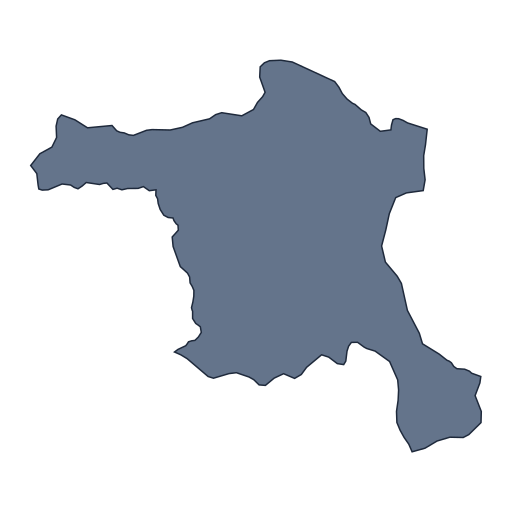 Ankara, Albers equal-area conic projection
{"feature_id": "TUR-3008", "entity_name": "Ankara", "entity_type": "Province", "adm_level": 1, "iso_a3": "TUR", "parent_name": "Turkey", "parent_adm1": "", "projection": "albers", "projection_center": [32.475, 39.676], "detail": "fine", "context": "isolated", "style": "filled", "palette": "slate", "viewbox_px": 512, "rotation_deg": 0, "n_neighbors": 0, "source": "natural_earth", "source_scale": "10m", "svg_char_len": 2307}
<svg xmlns="http://www.w3.org/2000/svg" viewBox="0 0 512 512"><path d="M241.8,115.8L253.5,109.5L257.5,102.4L262.6,96.7L265.1,92.3L259.7,77.1L260.2,66.8L264.4,62.8L269.5,60.7L280.9,60.2L292.3,62.0L334.7,81.6L338.9,87.2L342.3,93.6L347.1,99.1L352.5,103.3L355.0,104.4L361.3,109.9L365.8,112.5L369.0,117.4L370.7,123.9L380.3,131.3L390.9,129.9L391.5,125.0L393.0,119.7L395.6,118.6L398.6,118.7L403.1,120.4L407.5,122.9L427.2,129.2L425.5,144.7L423.7,155.6L423.8,168.4L425.1,179.8L423.2,190.6L406.4,192.9L395.7,197.6L389.3,213.7L385.8,229.9L381.6,246.0L385.4,262.1L397.2,276.2L401.4,283.4L407.4,310.4L419.3,333.2L422.5,343.8L439.2,354.1L446.9,360.2L449.3,361.2L451.4,362.8L453.8,366.5L456.9,368.7L464.7,369.2L469.5,371.2L471.6,373.2L480.8,376.5L479.9,382.9L475.1,395.6L481.3,411.5L481.0,422.6L468.8,434.6L463.2,437.5L449.9,437.2L437.1,441.0L425.0,448.2L412.1,451.8L408.8,444.2L404.1,437.4L400.1,430.2L396.9,422.5L396.5,411.4L398.1,400.4L398.6,390.1L397.7,379.9L389.6,361.5L375.1,351.1L366.7,348.5L364.1,347.1L357.6,342.3L351.4,342.4L348.6,346.2L347.0,351.2L345.8,361.1L343.7,364.6L337.3,363.6L328.7,357.1L321.6,354.8L306.6,367.3L301.3,374.5L294.6,378.4L283.6,373.7L274.2,378.1L265.4,385.4L259.1,384.9L253.8,379.7L249.0,377.0L236.4,372.7L229.0,373.6L213.5,378.2L208.1,376.5L187.2,358.7L180.8,354.8L174.5,352.0L178.0,349.4L185.8,345.7L187.3,343.7L188.5,341.8L191.7,340.8L194.9,340.4L198.4,337.0L201.3,332.4L200.3,326.7L195.7,323.4L192.6,318.5L192.6,311.2L192.1,310.1L191.5,307.7L192.9,301.9L193.8,296.2L193.9,290.4L192.2,286.4L190.1,282.9L189.6,277.0L187.5,273.1L180.3,266.6L173.1,246.5L172.2,237.0L178.3,230.2L178.0,225.2L176.2,223.8L174.0,220.7L173.0,218.0L168.1,217.5L163.8,215.2L160.2,209.5L158.2,203.5L157.6,198.8L155.8,195.4L156.0,189.8L149.3,190.7L143.4,186.6L138.1,188.4L127.6,188.5L121.9,189.8L117.1,188.2L112.9,189.4L106.9,183.0L103.2,183.4L99.6,184.5L86.2,182.5L82.2,186.0L78.0,188.8L74.2,187.4L70.6,185.0L62.1,184.0L48.2,189.8L42.2,190.1L38.8,189.0L38.1,185.0L36.8,173.6L30.7,165.5L39.9,153.7L51.9,147.1L56.6,137.5L56.1,126.1L57.7,119.0L61.4,114.9L74.9,119.8L87.5,127.8L112.0,125.5L116.7,130.8L120.0,132.3L124.2,132.9L128.7,134.8L133.4,135.4L146.5,130.3L152.1,129.6L170.2,130.0L182.5,127.3L192.5,122.8L209.6,118.8L215.7,114.6L221.7,112.7L241.8,115.8Z" fill="#64748b" stroke="#1e293b" stroke-width="1.5"/></svg>